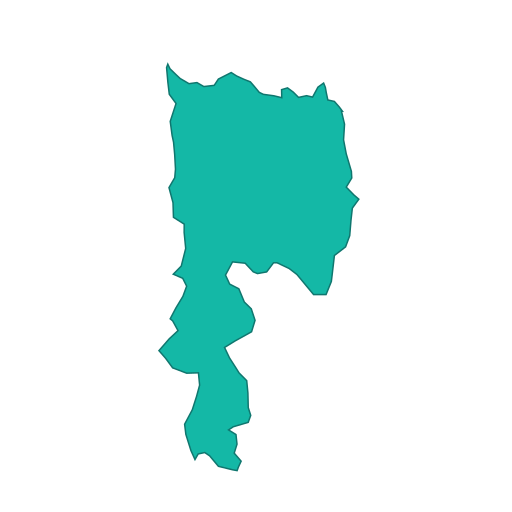 Kantou, Limassol, Cyprus, rotated 168°
{"feature_id": "46923920B71694911523843", "entity_name": "Kantou", "entity_type": "district", "adm_level": 2, "iso_a3": "CYP", "parent_name": "Cyprus", "parent_adm1": "Limassol", "projection": "natural_earth1", "projection_center": [32.905, 34.711], "detail": "fine", "context": "isolated", "style": "filled", "palette": "teal", "viewbox_px": 512, "rotation_deg": 168, "n_neighbors": 0, "source": "geoboundaries", "source_scale": "gbopen_adm2", "svg_char_len": 1714}
<svg xmlns="http://www.w3.org/2000/svg" viewBox="0 0 512 512"><g transform="rotate(168 256 256)"><path d="M141.4,379.7L143.5,384.3L147.2,390.9L153.3,393.7L153.3,401.1L153.1,406.5L153.9,411.1L160.3,408.3L165.8,401.8L167.6,399.7L173.2,402.3L181.4,402.3L185.5,408.6L190.2,413.9L196.4,413.4L197.9,405.5L205.2,409.0L215.2,412.6L218.8,415.4L222.8,423.0L225.3,427.5L231.0,431.3L237.5,436.1L242.1,440.6L256.0,436.9L261.4,431.6L271.8,432.6L277.7,437.9L285.7,438.5L293.3,445.4L296.5,450.0L301.2,457.0L302.4,462.0L304.3,458.9L306.1,444.1L307.2,432.2L302.5,421.8L311.9,405.5L313.0,391.4L313.0,384.4L314.5,371.8L316.7,357.7L319.2,349.5L326.9,341.0L326.1,325.4L328.7,311.0L319.6,302.1L321.4,293.9L323.2,278.0L331.2,261.7L340.7,255.4L340.4,255.2L332.3,249.4L330.1,240.9L335.9,231.7L345.0,222.0L353.0,212.4L351.0,209.9L347.8,199.2L358.0,193.1L370.6,183.6L365.7,174.8L360.8,163.9L348.2,155.8L336.6,153.7L338.0,141.4L343.4,130.9L350.3,118.8L360.8,106.3L361.7,96.1L360.1,79.2L358.0,69.6L353.7,74.4L347.0,74.4L342.9,70.2L336.5,58.1L323.7,51.9L319.1,50.0L317.1,53.2L313.2,58.4L318.3,67.7L313.7,75.9L312.7,85.5L319.0,91.6L313.7,93.7L298.2,94.9L294.3,101.2L295.1,109.3L292.4,123.7L291.0,136.0L296.9,145.2L299.0,151.0L303.1,161.8L305.8,173.1L294.0,177.3L276.1,182.8L270.3,193.3L271.6,205.3L277.0,213.4L279.6,227.5L287.6,234.0L289.8,243.7L280.2,255.1L268.1,251.2L262.0,241.1L258.2,238.5L248.9,238.2L240.3,245.7L236.8,245.0L226.2,236.9L219.8,229.4L207.7,206.3L195.5,203.7L187.6,215.4L184.4,224.8L179.2,240.2L166.5,246.3L160.1,256.4L155.6,271.4L151.8,282.8L143.6,290.2L147.5,295.3L153.4,304.6L146.1,312.4L145.1,318.9L146.5,337.2L146.2,351.4L142.0,366.5L142.3,380.0L141.4,379.7Z" fill="#14b8a6" stroke="#0f766e" stroke-width="1.5"/></g></svg>